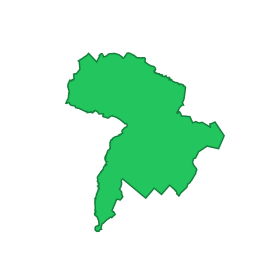 outline of Prodes pag., Ilukstes, Latvia, rotated 240°
{"feature_id": "27541924B41146663771526", "entity_name": "Prodes pag.", "entity_type": "district", "adm_level": 2, "iso_a3": "LVA", "parent_name": "Latvia", "parent_adm1": "Ilukstes", "projection": "mercator", "projection_center": [25.919, 56.06], "detail": "fine", "context": "isolated", "style": "filled", "palette": "green", "viewbox_px": 256, "rotation_deg": 240, "n_neighbors": 0, "source": "geoboundaries", "source_scale": "gbopen_adm2", "svg_char_len": 5657}
<svg xmlns="http://www.w3.org/2000/svg" viewBox="0 0 256 256"><g transform="rotate(240 128 128)"><path d="M180.5,86.6L179.9,87.3L180.0,88.4L179.1,89.8L177.2,89.5L175.8,90.4L173.6,93.2L172.8,93.2L171.9,92.8L169.2,95.6L163.4,99.6L163.4,99.8L162.9,100.5L162.5,100.6L162.3,100.3L161.8,100.2L161.4,101.1L161.2,101.7L160.5,103.3L160.6,103.6L160.3,103.8L160.4,104.1L159.7,104.5L159.3,104.4L158.9,104.8L158.8,105.5L159.3,105.9L159.6,106.3L159.2,106.7L159.5,107.6L159.2,107.7L159.3,108.1L159.5,108.0L159.6,108.4L159.4,108.7L156.7,109.8L154.8,109.8L152.7,113.5L152.4,113.7L152.0,113.7L150.9,112.1L150.6,112.0L149.6,112.7L148.9,113.6L148.0,114.3L147.8,114.7L146.9,115.1L146.4,116.8L147.0,118.4L146.5,120.7L145.8,120.8L143.7,122.9L139.7,125.2L134.5,127.2L133.4,127.3L133.0,127.7L132.8,128.6L132.1,129.0L130.7,128.7L129.7,127.4L129.8,126.7L129.7,125.6L129.9,125.0L129.1,122.8L129.2,122.5L129.0,122.1L128.0,120.9L126.7,121.0L126.1,120.6L126.1,120.2L126.3,119.4L126.3,119.1L126.1,118.8L126.2,118.7L125.8,118.4L125.7,118.1L126.1,117.4L126.7,117.1L126.5,116.6L126.0,116.3L125.8,115.8L126.1,115.2L126.8,112.4L126.7,109.5L125.9,108.6L125.8,108.2L126.2,107.9L126.1,107.7L125.9,107.6L126.0,107.5L125.8,107.1L125.9,106.8L124.5,105.4L124.1,105.3L124.2,105.1L123.8,105.0L123.3,104.5L121.3,103.3L120.4,103.3L119.6,102.2L118.9,102.1L118.7,99.9L118.3,99.0L117.7,98.2L117.0,97.8L116.6,96.8L115.8,96.3L115.6,95.7L115.1,95.4L115.3,95.0L114.9,94.8L114.7,94.2L114.3,94.2L114.4,93.8L113.9,93.3L113.6,93.5L113.6,93.2L113.0,93.1L113.1,92.9L112.9,92.7L112.4,92.9L112.4,92.7L112.2,92.7L112.0,92.3L111.4,92.4L110.9,92.1L109.9,92.2L109.6,92.5L109.6,92.2L109.0,92.2L108.5,91.7L108.1,91.0L107.6,90.8L107.8,90.7L107.7,90.6L107.4,90.7L107.5,90.4L107.2,90.5L107.4,90.1L107.0,90.1L106.6,89.4L106.9,88.9L106.4,87.5L104.8,86.0L104.7,85.6L104.3,85.4L104.4,84.9L104.1,84.4L104.1,83.9L103.5,83.0L103.6,82.6L103.1,82.4L103.2,82.0L100.9,77.1L99.4,76.2L98.0,76.0L97.7,75.4L97.0,74.7L96.1,75.0L95.1,74.6L94.8,75.2L94.4,75.2L93.4,74.5L93.5,73.9L93.3,73.4L92.3,73.2L92.4,72.9L92.0,73.1L91.6,72.7L91.2,72.5L91.1,73.1L90.3,73.0L89.6,72.2L89.5,71.9L89.5,71.4L88.4,70.2L88.2,69.9L87.9,70.0L87.5,69.1L87.0,68.7L86.7,67.8L85.9,67.5L85.7,67.0L85.2,66.9L84.3,65.6L83.4,64.5L83.3,64.1L82.9,64.4L82.9,63.9L82.3,63.7L82.1,63.9L81.8,63.6L81.8,63.3L81.5,63.3L81.0,62.7L80.3,62.3L80.0,62.0L76.0,60.2L75.6,59.8L75.2,59.9L73.9,58.6L73.5,58.5L73.2,58.6L73.2,58.4L72.9,58.3L72.9,58.6L72.7,58.6L72.6,58.2L72.0,58.5L71.4,58.0L71.5,57.9L71.4,57.7L71.5,57.5L71.4,57.3L70.7,56.5L70.3,56.7L70.4,56.3L70.1,56.3L70.0,56.1L69.3,55.8L67.9,56.2L67.6,56.6L67.1,56.6L66.6,56.9L65.4,56.6L62.3,56.3L60.3,55.3L58.6,54.7L58.2,54.4L58.2,53.9L58.6,53.5L58.3,52.9L58.6,52.2L58.7,50.6L58.6,50.2L57.9,49.7L57.5,49.7L57.2,49.2L56.8,49.2L56.6,48.8L56.2,48.6L54.5,49.1L54.0,49.4L53.1,51.3L54.0,53.0L53.6,54.5L54.7,54.5L57.9,57.5L57.9,59.1L59.0,63.2L59.2,65.5L59.2,66.6L59.6,67.6L59.5,68.5L58.5,69.1L59.2,71.7L59.5,73.7L62.7,73.7L62.9,73.1L64.4,72.8L72.0,82.7L69.5,85.4L71.0,89.1L74.0,89.5L75.7,90.5L79.3,90.0L80.1,91.7L82.3,94.1L83.3,94.8L85.9,95.9L86.4,96.9L86.5,98.0L58.4,108.3L62.8,120.6L53.7,123.8L57.7,135.5L49.9,138.0L49.8,137.7L49.0,138.1L47.4,138.1L46.8,137.3L43.7,138.1L43.9,138.9L44.8,139.9L45.2,140.7L46.8,147.5L47.0,148.8L47.5,149.5L49.5,151.8L49.7,153.0L49.6,153.7L49.8,154.6L50.8,156.3L50.9,156.9L52.3,159.5L54.0,162.3L54.7,163.8L56.1,164.9L57.3,166.5L58.0,166.8L58.9,166.9L62.3,166.3L65.9,166.6L68.7,169.5L68.6,170.7L68.2,171.5L72.1,177.2L72.8,187.4L64.8,196.1L73.2,207.4L89.7,206.3L90.1,202.2L90.6,201.0L87.6,199.7L95.9,195.0L96.8,192.1L98.9,190.3L99.0,190.4L99.6,190.0L100.1,186.6L106.8,187.3L110.2,182.7L111.5,180.5L115.3,180.9L116.7,180.5L115.9,179.2L115.9,178.5L116.3,177.9L117.3,178.6L117.5,179.0L117.6,179.9L118.3,180.4L118.7,181.2L119.6,182.2L119.8,182.8L120.1,183.4L120.7,186.1L120.4,187.0L120.1,187.5L122.8,187.8L123.8,189.3L125.4,191.2L134.1,197.9L134.5,198.1L135.5,198.0L136.1,197.6L136.6,196.9L136.9,197.2L136.9,197.5L137.3,197.5L138.4,196.9L139.1,196.0L139.3,196.0L139.5,195.7L139.8,195.3L139.8,194.7L140.2,194.9L140.7,193.9L140.9,194.2L141.2,194.1L142.9,193.0L144.2,191.2L145.3,190.8L145.8,190.1L146.3,189.9L148.0,189.9L148.0,189.5L148.1,189.3L148.8,189.1L148.5,188.8L149.1,188.5L148.6,188.3L149.1,187.7L149.3,187.8L149.4,188.2L150.0,188.2L150.1,188.4L149.9,189.0L150.4,189.1L150.9,189.0L150.5,188.7L151.1,188.2L151.4,187.8L151.9,187.2L153.0,186.9L154.0,187.0L153.9,186.7L154.5,186.2L154.4,185.7L154.2,185.6L154.2,185.0L155.6,184.2L155.7,183.9L155.9,184.1L156.4,184.0L156.3,183.6L156.5,183.3L157.0,184.1L157.5,183.6L157.4,183.1L157.9,182.9L158.3,182.3L159.0,182.3L159.0,182.0L159.4,182.0L159.7,181.6L159.6,181.2L159.8,181.2L160.0,181.4L160.3,181.1L160.2,180.7L160.6,180.5L160.8,179.9L161.4,180.0L161.5,179.5L162.4,179.3L162.5,178.8L164.5,179.1L164.6,179.3L164.1,180.0L164.7,180.4L164.9,181.2L167.0,181.6L167.6,181.4L169.0,180.5L170.2,179.0L171.2,178.4L173.2,177.2L174.2,176.9L176.6,175.7L179.6,177.7L180.8,177.1L181.9,175.1L181.9,174.7L184.5,170.8L187.6,169.7L190.2,167.9L191.6,167.1L192.8,165.8L193.2,164.6L190.8,159.5L191.1,158.4L191.6,158.1L192.6,158.4L196.1,156.7L199.5,153.4L199.8,152.5L201.7,148.5L201.6,147.3L201.1,146.0L201.6,142.5L205.0,142.8L205.8,141.9L205.2,139.4L204.6,139.5L200.9,133.9L212.3,131.2L212.2,130.7L211.4,128.6L211.4,126.2L211.1,124.2L210.9,118.6L209.7,118.9L202.9,115.7L200.9,110.8L200.8,110.7L201.6,108.8L201.8,107.8L200.1,107.2L198.7,106.3L197.8,106.1L196.9,105.2L197.9,103.9L196.8,102.7L197.1,102.2L198.5,101.7L197.9,100.6L196.6,99.1L196.5,98.5L194.0,96.6L188.5,95.2L187.9,94.0L187.1,94.1L186.1,92.9L183.5,91.2L182.9,89.9L180.5,86.6Z" fill="#22c55e" stroke="#15803d" stroke-width="1.5"/></g></svg>